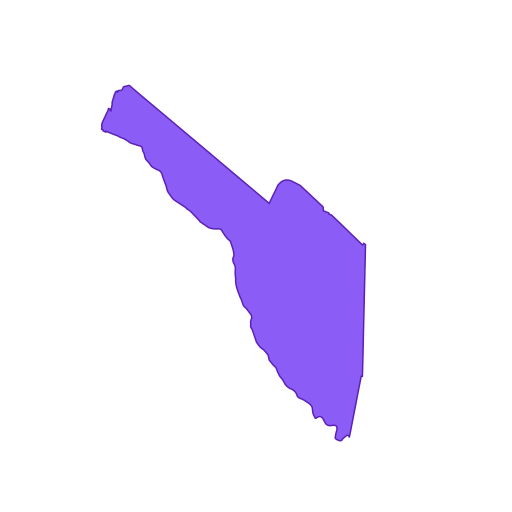 Uithoorn, Noord-Holland, Netherlands (Equal Earth projection), rotated 72°
{"feature_id": "6326949B94592387287284", "entity_name": "Uithoorn", "entity_type": "district", "adm_level": 2, "iso_a3": "NLD", "parent_name": "Netherlands", "parent_adm1": "Noord-Holland", "projection": "equal_earth", "projection_center": [4.794, 52.234], "detail": "fine", "context": "isolated", "style": "filled", "palette": "violet", "viewbox_px": 512, "rotation_deg": 72, "n_neighbors": 0, "source": "geoboundaries", "source_scale": "gbopen_adm2", "svg_char_len": 5916}
<svg xmlns="http://www.w3.org/2000/svg" viewBox="0 0 512 512"><g transform="rotate(72 256 256)"><path d="M54.5,324.0L54.5,324.6L54.2,328.5L54.1,329.1L54.1,329.3L54.2,329.5L54.4,329.9L54.6,330.2L54.8,330.4L55.0,330.6L56.2,331.6L56.5,331.8L56.6,332.0L56.7,332.8L56.7,333.5L56.5,334.2L56.2,335.5L56.1,335.9L56.1,336.0L57.3,336.9L56.1,337.9L56.6,338.5L56.8,338.7L56.8,338.8L56.7,339.0L59.1,340.9L59.0,341.0L59.7,341.5L65.6,345.5L66.5,345.6L67.7,346.1L70.6,347.8L73.1,349.1L72.3,349.7L71.7,349.1L71.1,349.7L70.9,349.7L70.8,349.8L70.2,350.7L70.8,351.0L71.7,351.7L72.7,352.6L80.0,359.5L82.2,361.4L83.0,361.9L84.3,362.4L85.5,362.7L86.7,363.1L87.7,363.7L89.1,362.4L89.8,362.7L91.7,360.6L90.9,360.2L92.4,358.5L94.4,356.1L97.2,352.7L99.2,350.2L99.8,349.7L100.6,348.9L101.6,347.9L103.1,346.0L103.6,345.4L104.3,344.8L105.2,343.9L106.1,343.2L106.8,342.6L107.4,342.1L108.6,341.4L109.0,341.1L109.7,340.4L110.3,339.6L111.2,338.5L112.0,337.2L112.9,336.0L113.1,335.8L113.8,335.0L113.9,334.7L114.3,334.2L114.5,333.9L115.1,332.9L115.6,332.1L116.1,331.5L116.4,331.3L116.9,331.0L117.2,330.9L117.9,330.9L118.5,330.9L118.9,331.0L119.2,331.0L120.6,331.2L121.2,331.1L121.8,331.1L122.6,330.9L123.5,330.8L124.9,330.8L126.1,330.9L127.3,331.0L128.9,331.0L129.4,331.0L129.8,330.9L130.5,330.7L131.3,330.4L133.9,329.1L134.6,328.9L137.8,327.9L138.4,327.7L138.6,327.6L139.0,327.3L140.3,326.3L141.5,325.2L143.2,323.5L144.2,322.3L145.2,321.4L146.4,320.7L147.3,320.4L148.7,320.1L150.8,320.2L153.1,320.2L155.1,320.1L158.3,320.0L160.6,319.8L165.5,320.1L167.8,320.0L171.1,319.0L174.8,317.8L176.5,317.0L178.1,316.0L184.6,310.7L187.9,308.1L188.5,307.7L189.3,307.3L190.0,307.0L190.6,306.6L191.3,305.8L193.7,304.3L199.6,301.4L201.8,300.3L204.6,299.1L206.1,298.5L206.3,298.5L206.5,298.3L209.8,295.8L210.9,294.9L211.2,294.6L212.4,293.8L212.8,293.5L214.2,292.4L214.3,292.3L215.1,291.3L216.0,289.9L216.6,288.8L217.1,287.8L217.9,285.6L218.3,284.4L218.6,283.4L218.9,282.6L219.1,282.2L219.2,281.9L219.5,281.5L219.8,281.3L220.2,281.0L220.7,280.8L221.9,280.5L222.9,280.2L223.7,280.1L224.7,279.8L227.8,278.9L229.0,278.4L230.5,277.9L230.9,277.7L233.2,276.3L233.5,276.2L233.9,276.0L234.2,275.8L235.0,275.8L237.3,275.8L239.6,275.8L241.8,275.8L243.8,275.9L244.5,276.0L246.6,276.3L247.3,276.4L248.6,276.8L248.9,277.0L249.4,277.2L249.7,277.5L250.5,278.3L250.8,278.5L251.9,279.0L252.5,279.2L253.5,279.4L255.2,279.5L255.4,279.5L257.8,279.1L258.2,279.1L258.9,279.1L259.5,279.1L260.4,279.2L260.7,279.3L261.2,279.4L265.8,281.1L266.3,281.2L267.8,281.6L270.5,282.2L271.9,282.5L273.6,283.1L275.1,283.5L277.5,283.9L279.6,284.1L280.4,284.1L281.8,284.1L285.5,284.1L286.7,284.0L290.6,283.8L293.4,283.4L293.8,283.4L295.5,283.4L297.3,283.4L298.5,283.3L299.5,283.2L299.9,283.1L300.3,282.9L302.5,281.7L304.0,281.0L305.4,280.6L306.4,280.2L307.6,279.8L309.5,279.1L310.3,278.9L310.9,278.8L311.8,278.8L312.5,278.9L312.9,279.0L313.3,279.1L313.8,279.4L314.6,280.0L316.2,281.1L316.5,281.3L316.9,281.5L317.1,281.6L317.7,281.7L318.8,281.9L319.3,282.1L320.8,282.7L321.3,282.8L322.1,282.9L322.4,282.9L322.7,282.9L324.7,282.4L325.0,282.3L326.4,282.3L336.4,282.2L338.3,282.1L339.4,281.8L341.2,281.2L343.5,280.4L344.7,279.8L346.4,278.6L347.5,277.8L348.0,277.5L351.9,275.8L354.1,275.1L358.2,275.5L358.8,275.6L359.3,275.5L359.8,275.4L361.3,274.7L364.4,273.6L367.0,272.2L367.6,271.9L368.4,271.6L369.9,271.4L372.0,271.3L374.2,271.1L375.1,271.0L375.8,270.9L377.4,270.6L378.1,270.4L381.1,269.2L382.0,268.9L382.8,268.7L386.4,268.0L387.3,267.8L388.5,267.3L389.9,266.6L390.6,266.1L391.2,265.7L392.0,265.1L392.7,264.4L393.3,263.6L394.2,262.7L395.0,262.1L395.5,261.7L396.1,261.3L397.6,260.6L397.9,260.5L398.3,260.4L399.0,260.3L400.0,260.1L400.7,260.1L401.5,260.1L402.2,260.0L402.8,259.8L403.3,259.6L403.5,259.5L404.0,259.1L404.8,258.3L405.4,257.6L407.0,255.7L407.4,255.3L410.3,253.0L411.7,251.8L412.4,251.3L414.3,250.1L415.5,249.7L416.6,249.4L417.2,249.3L417.6,249.4L418.9,249.6L422.1,250.3L423.4,250.4L423.9,250.4L424.5,250.4L425.3,250.3L428.2,249.8L428.5,249.8L428.5,249.7L428.8,249.4L428.8,249.2L428.5,248.0L428.3,247.1L428.2,246.8L428.2,246.6L428.2,246.1L428.2,245.8L428.3,245.4L428.4,245.1L428.7,244.4L428.8,244.2L429.2,243.8L430.1,243.1L430.4,243.0L431.0,242.7L431.4,242.6L431.9,242.5L434.1,242.1L436.8,241.6L437.3,241.4L437.7,241.2L438.1,240.9L438.7,240.4L439.5,239.6L440.2,238.2L440.5,237.1L440.6,236.5L440.6,236.1L440.6,235.7L440.7,235.2L441.2,234.0L441.6,233.0L442.0,232.6L442.3,232.4L442.5,232.3L442.8,232.1L443.2,232.0L443.4,232.0L444.2,232.1L445.2,232.3L446.1,232.6L446.7,233.1L447.5,233.5L448.1,234.0L449.1,234.6L450.3,235.3L451.4,235.9L453.5,236.9L453.8,236.9L454.2,236.8L454.8,236.5L455.5,235.9L456.3,235.1L457.4,233.7L457.5,233.5L457.6,233.2L457.8,232.8L457.9,231.8L457.8,231.5L457.5,231.1L457.0,230.5L456.3,229.2L456.1,228.9L456.0,228.5L455.1,226.3L454.9,225.7L454.8,225.2L454.8,224.7L454.9,224.2L455.0,223.8L455.2,223.7L455.4,223.5L455.5,223.4L456.0,223.3L457.4,223.4L455.0,222.0L453.8,221.3L449.5,218.9L445.1,216.5L430.0,208.1L418.7,201.9L402.9,193.1L403.3,192.0L398.6,190.3L372.8,181.2L371.2,180.7L367.6,179.4L359.6,176.6L347.6,172.4L346.6,172.0L345.6,171.7L345.2,171.5L344.5,171.3L335.1,168.0L302.9,156.7L298.1,155.0L290.1,152.2L278.9,148.3L278.0,149.1L277.3,149.6L278.5,151.3L260.5,160.8L254.8,163.8L251.8,165.4L240.4,171.5L238.5,173.8L237.8,173.5L237.5,173.5L233.9,177.9L230.6,177.1L230.3,177.1L230.1,177.1L229.8,177.2L228.6,177.8L224.5,180.1L223.9,180.4L219.5,182.8L217.2,184.1L215.5,185.0L202.5,192.2L196.2,198.5L194.9,200.0L194.3,200.9L193.8,201.9L193.6,202.3L193.4,202.8L193.1,203.8L192.9,204.6L192.9,205.3L192.8,205.8L192.8,206.3L192.9,207.1L193.0,208.0L193.1,208.6L193.2,208.8L193.4,209.3L193.7,210.0L194.2,211.0L194.6,211.8L195.0,212.8L200.6,218.1L203.7,221.2L207.1,224.4L207.8,225.1L208.1,225.4L209.6,226.8L210.0,227.2L145.5,267.3L145.4,267.3L144.9,267.6L145.0,267.6L115.6,285.9L73.3,312.3L58.1,321.7L54.9,323.6L54.5,324.0Z" fill="#8b5cf6" stroke="#5b21b6" stroke-width="1.5"/></g></svg>